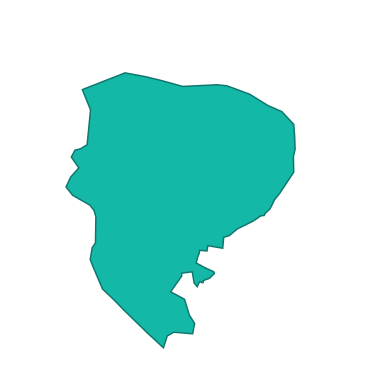 Offa, Kwara, Nigeria (Mercator projection), rotated 69°
{"feature_id": "59680162B40988548898234", "entity_name": "Offa", "entity_type": "district", "adm_level": 2, "iso_a3": "NGA", "parent_name": "Nigeria", "parent_adm1": "Kwara", "projection": "mercator", "projection_center": [4.712, 8.17], "detail": "fine", "context": "isolated", "style": "filled", "palette": "teal", "viewbox_px": 384, "rotation_deg": 69, "n_neighbors": 0, "source": "geoboundaries", "source_scale": "gbopen_adm2", "svg_char_len": 1115}
<svg xmlns="http://www.w3.org/2000/svg" viewBox="0 0 384 384"><g transform="rotate(69 192 192)"><path d="M56.8,211.8L57.1,257.7L79.0,257.3L110.3,273.0L111.7,280.7L111.0,286.3L116.2,292.2L128.9,289.0L134.6,300.0L142.2,307.8L152.3,304.6L167.7,292.0L174.0,290.1L180.7,290.6L189.8,294.3L205.0,300.4L208.2,305.1L218.5,311.2L225.0,311.2L250.5,310.3L265.6,303.1L277.9,297.9L307.3,284.3L327.2,274.5L317.5,266.7L316.4,259.2L324.6,242.2L315.7,236.7L305.8,238.6L289.5,237.4L277.5,247.7L266.9,231.9L264.1,230.7L266.6,220.4L277.7,222.6L282.3,221.1L278.5,217.2L280.6,214.3L279.8,213.6L278.7,213.3L278.8,206.6L276.2,200.5L275.6,200.1L274.3,200.3L266.8,207.5L259.8,213.5L254.6,209.9L252.1,207.5L249.2,205.7L252.4,199.2L247.8,196.4L255.5,183.5L245.6,178.6L246.1,172.9L242.7,162.9L241.1,145.9L240.1,141.1L238.9,136.2L239.8,133.1L237.9,130.8L235.7,125.2L228.9,117.8L224.6,110.5L219.7,103.6L209.9,89.9L195.4,84.7L189.0,80.4L176.1,76.0L165.3,72.8L149.2,79.3L138.5,90.1L121.3,103.2L116.1,109.1L105.2,121.6L100.8,130.4L99.1,135.6L90.1,162.9L77.2,180.3L67.5,194.4L56.8,211.8Z" fill="#14b8a6" stroke="#0f766e" stroke-width="1.5"/></g></svg>